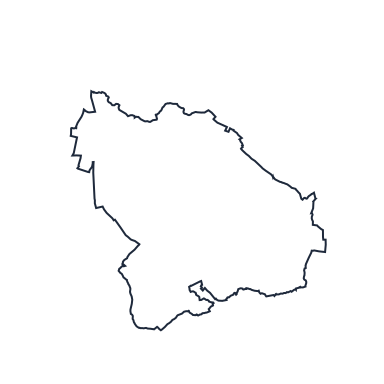 outline of Sebes, Alba, Romania, rotated 334°
{"feature_id": "2599482B78612484376633", "entity_name": "Sebes", "entity_type": "district", "adm_level": 2, "iso_a3": "ROU", "parent_name": "Romania", "parent_adm1": "Alba", "projection": "albers", "projection_center": [23.569, 45.956], "detail": "fine", "context": "isolated", "style": "outline", "palette": "slate", "viewbox_px": 384, "rotation_deg": 334, "n_neighbors": 0, "source": "geoboundaries", "source_scale": "gbopen_adm2", "svg_char_len": 6032}
<svg xmlns="http://www.w3.org/2000/svg" viewBox="0 0 384 384"><g transform="rotate(334 192 192)"><path d="M252.5,326.7L252.5,326.3L254.7,324.0L255.3,322.9L255.5,321.4L254.8,320.4L254.5,319.7L254.6,318.5L255.9,316.7L256.4,316.4L257.8,314.0L258.2,312.6L258.3,311.8L258.8,311.1L259.7,310.1L260.9,310.2L261.8,307.9L262.4,307.4L262.6,306.9L268.2,302.2L272.6,298.8L273.9,297.2L275.1,297.9L275.9,298.0L276.5,298.3L280.1,301.0L285.3,304.3L289.1,298.0L291.2,293.4L289.1,292.4L290.0,289.9L293.0,283.6L291.8,281.9L290.1,278.1L289.8,276.9L286.2,274.5L287.8,271.4L287.8,269.6L288.1,268.1L289.0,266.6L290.4,265.3L290.6,263.3L290.0,263.2L293.7,259.8L296.9,254.0L296.8,253.7L300.2,252.3L299.9,252.1L300.1,251.9L301.3,246.1L299.4,246.4L298.6,246.2L297.5,246.6L295.2,246.9L293.8,247.5L292.8,248.2L292.3,248.3L291.8,248.1L290.9,246.7L290.5,246.6L289.8,246.6L288.0,247.4L287.4,246.3L287.3,245.9L288.2,240.9L287.5,238.9L287.0,236.9L286.5,235.5L286.5,234.9L286.4,234.5L283.4,231.9L282.9,230.5L281.0,226.9L279.8,225.7L278.4,224.1L277.1,223.1L276.9,222.5L275.5,221.4L272.4,217.3L271.8,215.8L271.9,215.4L271.7,214.5L271.5,214.4L271.6,213.7L271.3,214.0L271.4,213.4L270.8,210.8L267.6,205.2L265.8,201.7L265.3,200.0L262.1,191.5L260.1,188.2L258.9,184.5L257.4,181.6L255.5,176.6L255.0,174.6L255.9,174.1L257.2,173.9L257.3,172.3L258.1,172.4L258.3,170.0L257.8,168.1L258.0,165.9L257.8,165.5L260.4,165.3L258.5,160.9L258.3,158.8L256.2,155.0L256.6,154.4L255.4,153.4L254.1,151.4L251.2,153.9L248.7,151.4L251.9,148.9L245.2,140.8L243.3,136.4L243.2,135.9L246.1,134.7L244.5,129.3L242.6,125.7L238.2,126.1L235.2,124.7L231.6,122.6L230.6,121.8L230.1,121.6L226.2,121.2L225.2,121.7L224.7,121.8L223.2,121.7L222.4,121.2L221.1,119.4L220.2,118.8L219.5,118.0L219.3,117.6L219.3,116.8L219.7,115.8L220.9,114.6L221.1,113.6L220.7,112.7L219.7,112.2L218.8,111.2L217.7,109.5L217.2,107.9L217.2,106.3L213.5,104.4L211.2,102.4L210.0,102.3L209.3,101.7L206.8,101.3L203.8,102.9L202.6,103.1L200.5,104.9L199.6,105.4L198.3,105.6L196.8,106.6L195.1,106.8L194.5,107.1L193.4,106.6L193.2,106.7L193.1,108.5L192.6,110.9L191.9,111.5L188.3,110.3L185.3,110.7L184.4,110.3L183.0,108.8L181.1,108.1L180.4,107.6L177.8,104.1L176.7,101.0L175.6,100.5L174.7,99.8L173.3,100.0L173.5,99.7L173.2,99.6L173.5,98.3L171.9,96.7L170.5,96.1L167.7,95.8L166.9,92.7L162.7,86.4L162.7,85.1L163.2,83.6L164.8,82.2L164.0,80.5L162.4,79.5L160.2,80.0L158.4,79.0L157.9,76.5L156.5,74.7L156.3,73.1L157.0,71.8L158.6,70.6L158.6,69.6L157.0,67.8L157.4,66.5L156.8,64.7L155.0,62.7L153.9,63.2L152.0,61.5L150.8,61.6L149.8,61.3L148.1,60.0L147.7,59.2L147.2,59.5L145.7,57.3L143.3,61.5L142.7,63.2L142.3,65.8L140.1,77.4L134.7,75.5L133.5,74.7L131.5,72.1L131.5,71.3L131.0,70.4L128.9,73.1L127.5,74.4L125.7,75.9L119.5,79.7L115.7,83.1L116.2,83.4L115.9,83.9L115.2,83.4L113.7,83.1L112.1,81.8L111.3,81.8L108.7,86.9L107.6,88.4L112.6,92.5L102.7,105.3L100.5,106.8L104.3,108.5L108.1,110.6L106.6,112.8L101.7,118.2L101.6,118.4L101.7,119.3L99.4,120.4L99.7,121.0L107.4,128.5L108.3,129.1L109.2,127.8L110.4,127.0L111.5,126.5L113.3,125.4L115.3,122.8L115.9,121.6L116.7,121.9L115.3,124.4L111.7,131.4L101.5,155.2L101.1,156.8L99.7,159.6L98.8,164.4L105.3,165.9L105.3,169.0L106.1,173.4L108.8,180.4L109.0,181.2L109.2,183.1L110.6,183.1L112.2,192.7L113.5,201.8L114.7,204.1L116.1,207.7L116.9,208.7L119.2,211.0L121.8,215.9L120.9,216.4L119.7,216.7L115.0,218.7L108.6,220.3L105.5,222.1L104.6,223.1L102.2,223.3L100.8,223.6L99.3,224.5L99.0,225.1L97.8,226.2L97.8,226.4L98.6,227.0L99.5,229.1L98.3,228.9L96.7,228.1L95.8,228.3L93.9,229.0L93.0,229.1L91.5,230.7L91.7,231.6L91.9,232.0L92.0,233.0L93.0,234.8L93.1,236.9L93.0,238.8L93.5,239.6L94.3,241.5L94.9,242.5L94.7,242.7L94.5,244.8L94.6,246.2L94.4,246.9L94.7,248.6L94.5,249.8L94.5,250.7L94.3,251.7L94.0,252.3L92.5,254.6L92.1,256.4L92.0,259.4L91.1,262.6L88.8,266.2L85.2,270.6L84.4,272.1L83.6,274.8L84.1,275.5L84.4,276.2L84.5,277.1L84.4,277.6L83.0,280.1L83.2,281.5L82.8,283.0L82.7,284.0L82.9,284.5L82.8,285.4L83.3,288.4L84.2,290.0L84.9,291.0L85.3,291.0L86.2,291.9L87.9,292.7L88.7,293.3L91.1,294.0L92.3,295.3L94.6,296.6L97.6,298.7L97.8,298.5L98.7,298.6L101.5,297.9L102.0,298.9L102.5,300.8L103.4,302.6L104.8,302.4L108.5,301.4L112.0,300.0L113.8,299.9L116.2,299.4L118.3,298.4L120.2,298.4L122.3,298.0L124.5,296.7L125.2,296.5L129.7,296.9L132.3,296.1L134.6,296.6L135.7,297.3L137.0,297.3L137.1,297.5L136.9,299.0L137.2,299.7L138.4,301.5L138.9,302.9L141.0,304.2L142.5,304.1L142.8,304.5L142.7,305.0L143.4,305.7L145.6,305.6L146.3,306.0L147.2,306.0L147.9,305.6L148.5,305.6L150.2,306.3L151.3,306.4L152.3,306.8L155.7,307.0L155.7,304.6L157.5,303.9L158.5,303.3L161.1,303.2L161.2,302.4L161.5,302.2L161.6,301.4L162.7,301.3L162.7,300.7L160.4,299.1L159.2,297.8L159.4,297.2L158.7,295.8L157.5,295.3L156.2,293.0L155.9,292.8L153.0,293.1L151.5,292.5L152.5,289.6L152.2,288.6L150.7,286.4L150.7,285.8L151.1,284.9L151.1,284.2L150.9,284.1L150.3,282.9L149.6,281.9L148.6,281.4L147.0,281.2L146.9,279.0L147.4,277.8L147.8,276.0L149.9,275.7L150.1,276.0L160.1,275.9L161.2,276.0L160.4,279.9L159.3,280.0L159.1,280.7L158.6,280.8L159.0,282.5L157.7,282.8L158.5,285.3L161.5,283.9L162.4,287.3L164.0,290.5L165.8,298.4L166.1,298.3L166.1,298.0L166.7,298.2L166.9,299.2L167.4,300.3L168.3,301.3L171.5,303.1L175.6,304.2L175.6,303.4L177.1,302.9L177.4,302.4L178.3,302.4L179.1,302.9L181.3,302.2L184.1,302.4L184.6,301.9L185.7,301.3L186.3,301.4L186.7,302.0L186.5,302.9L186.6,303.6L187.5,303.3L188.1,302.1L189.2,301.6L191.0,299.6L193.3,299.8L194.2,300.3L195.1,301.0L195.1,301.8L195.6,302.3L197.2,302.5L197.9,302.8L197.9,302.3L198.6,302.2L200.1,303.3L201.1,304.4L201.9,304.8L202.7,306.1L205.0,308.2L208.0,310.1L208.7,310.0L208.5,311.8L209.0,313.5L210.4,313.6L212.7,315.9L212.8,317.6L213.0,318.4L220.0,320.3L220.5,321.6L221.5,321.0L221.9,321.1L222.3,320.7L222.5,320.9L222.9,320.7L223.0,321.1L225.2,322.1L227.3,322.2L228.9,323.1L230.4,323.1L231.9,323.9L233.5,323.6L234.3,324.3L237.3,324.3L237.8,325.3L240.7,324.7L241.7,324.7L242.3,324.9L242.5,325.5L243.2,324.3L245.5,324.8L247.6,324.7L247.6,324.9L247.3,324.9L247.3,325.3L248.0,325.4L249.9,326.4L252.5,326.7Z" fill="none" stroke="#1e293b" stroke-width="2"/></g></svg>